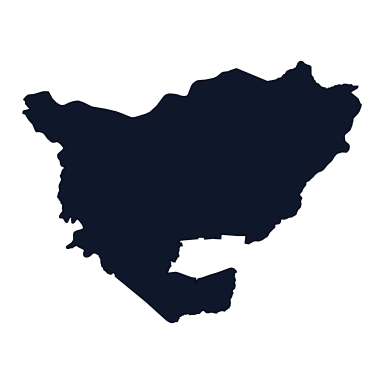 the district of Altos Del Rosario, Bolívar, Colombia
{"feature_id": "7082276B5966279744772", "entity_name": "Altos Del Rosario", "entity_type": "district", "adm_level": 2, "iso_a3": "COL", "parent_name": "Colombia", "parent_adm1": "Bolívar", "projection": "mercator", "projection_center": [-74.186, 8.744], "detail": "fine", "context": "isolated", "style": "filled", "palette": "ink", "viewbox_px": 384, "rotation_deg": 0, "n_neighbors": 0, "source": "geoboundaries", "source_scale": "gbopen_adm2", "svg_char_len": 5871}
<svg xmlns="http://www.w3.org/2000/svg" viewBox="0 0 384 384"><path d="M216.3,313.0L217.5,311.8L220.3,310.7L222.2,310.3L224.5,310.9L225.2,310.3L225.7,309.3L226.2,309.3L227.2,308.8L227.8,307.8L228.9,307.7L228.6,306.6L229.8,306.0L229.7,305.1L230.0,304.7L230.2,302.1L229.8,301.2L230.0,299.1L230.4,298.1L231.2,297.3L232.2,294.0L232.8,293.1L232.2,292.0L232.0,290.9L233.1,288.9L233.7,288.9L234.4,288.2L234.8,286.6L235.0,284.5L234.2,283.5L234.2,283.0L235.2,280.2L234.8,278.4L233.8,276.3L234.4,275.1L234.2,274.1L234.9,272.4L235.4,272.0L236.1,272.1L236.2,271.4L234.1,269.2L233.3,268.8L231.5,268.3L230.0,268.5L217.9,273.0L209.9,275.4L201.5,278.4L199.0,278.7L198.1,279.4L196.1,282.5L195.5,278.4L191.4,277.9L178.6,273.2L176.4,272.6L175.2,272.5L169.6,273.2L167.4,273.3L167.3,272.1L168.3,270.2L168.7,268.4L169.3,267.9L169.9,266.7L170.3,266.5L170.8,265.8L170.3,264.9L170.5,263.2L169.9,261.9L169.8,260.8L171.6,260.4L172.5,261.4L173.2,261.5L173.7,261.3L174.1,261.7L175.0,261.7L175.1,260.9L176.9,258.0L176.9,257.1L177.4,256.4L178.1,256.8L178.5,256.5L178.7,255.7L177.9,253.7L178.1,253.3L177.9,252.7L178.9,250.4L178.6,248.9L179.1,247.8L178.9,247.1L179.7,246.6L180.0,245.7L180.6,245.3L181.2,245.3L181.9,245.8L182.1,245.7L181.7,245.1L181.5,243.4L180.9,243.0L179.6,243.0L179.1,242.7L179.0,241.9L179.3,241.1L180.3,240.0L197.6,238.5L197.6,237.1L203.9,237.0L204.8,238.9L214.2,238.0L214.5,238.3L220.6,238.6L221.0,234.1L221.5,234.1L237.6,235.3L246.2,235.3L245.3,243.0L248.6,243.6L253.1,241.1L254.2,240.7L256.2,240.5L257.9,240.8L260.2,240.3L262.3,239.4L264.5,237.8L266.6,236.6L267.5,235.7L269.3,232.3L274.2,227.5L274.7,226.7L274.4,225.0L275.0,224.1L278.8,223.5L280.0,222.5L280.8,218.8L281.6,218.6L284.1,219.0L287.1,218.0L289.1,216.9L291.1,216.9L294.2,215.3L295.9,214.1L296.4,212.2L297.6,209.7L300.2,207.0L300.8,203.9L300.3,201.3L300.8,199.7L301.6,198.3L300.5,196.4L299.7,196.0L299.0,194.4L301.8,191.0L302.6,188.6L305.5,184.9L305.7,182.6L306.4,181.4L308.7,180.6L310.0,179.1L313.1,176.5L314.6,174.4L318.3,171.6L319.8,171.3L322.1,170.2L323.5,169.1L327.1,164.6L331.5,160.5L334.3,156.0L336.8,153.3L342.0,151.7L346.4,152.0L348.4,149.9L349.0,148.1L349.0,145.7L348.1,144.2L346.2,142.8L344.5,140.9L344.1,136.0L344.6,134.4L349.8,129.9L351.6,125.4L352.8,120.0L352.7,118.8L353.5,117.5L357.0,113.9L358.8,111.5L360.6,106.9L361.0,104.6L359.9,103.7L357.9,98.9L350.7,93.1L350.7,91.7L357.3,87.8L357.7,86.4L355.5,86.3L353.4,86.5L352.6,86.3L351.5,84.9L348.1,85.1L347.2,84.5L345.9,84.6L344.1,84.3L343.4,84.6L342.3,85.6L338.9,85.0L338.0,85.3L337.7,86.1L336.2,85.8L335.1,85.9L333.7,87.2L331.7,87.3L330.4,88.3L328.4,88.4L326.8,89.6L326.4,89.7L325.3,88.1L323.4,87.9L321.2,87.1L319.8,85.9L318.2,84.0L316.1,83.5L314.9,81.2L313.2,79.5L313.1,77.9L311.2,75.5L310.9,74.5L310.7,66.7L309.4,65.9L306.7,65.1L304.5,64.0L303.6,63.2L302.5,61.8L300.4,61.6L299.3,62.1L299.1,63.1L298.4,63.1L298.0,63.4L298.0,64.7L297.1,65.6L296.6,67.6L295.5,68.3L294.8,68.4L293.6,69.4L291.7,69.9L290.0,69.9L288.9,70.8L287.2,71.3L285.8,73.5L285.5,74.5L283.6,75.0L281.8,77.7L280.5,78.2L278.3,78.6L275.8,80.2L270.5,81.2L269.1,81.3L267.8,81.9L236.5,68.9L230.4,70.9L228.5,71.9L223.5,72.5L221.9,73.1L217.5,76.8L213.9,78.6L205.6,80.3L198.0,80.9L196.0,81.7L193.2,83.9L191.7,86.1L188.4,94.8L187.2,96.2L184.6,96.8L182.6,96.6L180.4,96.2L177.8,95.2L175.4,94.7L170.9,94.2L168.9,94.2L166.6,94.9L164.8,96.0L163.3,97.7L157.1,106.1L150.2,112.4L145.7,114.5L134.7,117.8L131.3,118.0L121.6,114.0L116.1,112.0L104.9,109.4L94.2,107.6L94.0,108.2L93.1,107.4L91.7,107.1L82.7,102.7L78.3,101.3L75.4,101.5L72.3,102.2L69.3,103.2L64.4,105.6L61.9,105.8L59.7,105.3L56.0,103.0L52.1,99.1L48.3,92.0L44.0,91.9L42.0,92.3L33.6,94.8L30.3,95.0L28.2,95.3L26.2,96.8L23.9,99.6L25.3,100.6L25.8,101.9L25.7,103.4L25.9,103.9L27.3,105.4L27.6,106.0L29.9,108.3L29.9,108.9L29.4,109.7L27.9,109.9L27.5,110.4L25.6,110.5L24.0,110.9L23.4,111.5L23.0,113.0L23.8,113.6L25.3,113.9L25.9,114.3L26.3,115.5L29.3,120.1L33.0,124.1L35.8,130.9L36.6,131.5L39.7,131.4L43.1,132.5L44.5,133.7L47.7,138.2L51.7,141.7L53.9,142.1L56.7,141.3L58.7,142.0L61.2,144.2L63.9,147.6L63.8,148.6L63.2,149.8L58.6,153.8L58.0,154.5L57.9,155.0L58.0,157.2L59.0,159.0L60.1,160.0L60.8,164.0L61.3,165.3L62.1,166.0L63.9,166.4L64.4,167.3L64.5,168.0L64.1,169.0L62.6,170.4L61.8,173.0L61.8,174.1L61.3,174.3L60.7,175.4L60.6,176.1L61.7,178.8L61.9,179.9L59.5,184.9L59.3,186.9L59.9,190.6L59.3,192.1L58.7,193.0L58.3,195.4L57.9,196.0L57.9,197.3L59.3,198.4L59.5,199.7L61.1,201.1L61.1,202.7L61.6,203.3L62.2,203.3L62.5,204.0L62.5,204.5L63.0,204.4L63.1,204.7L62.6,208.5L63.1,211.0L62.1,212.7L61.4,213.3L59.8,216.0L59.7,217.2L60.3,217.7L62.4,217.7L63.6,218.3L65.7,221.7L66.9,222.3L67.3,222.1L69.5,217.3L70.5,216.9L71.3,217.1L72.0,218.1L71.8,220.2L72.1,221.4L71.9,222.2L72.4,222.9L72.7,223.0L74.0,222.4L76.2,219.3L76.9,218.9L78.0,219.0L79.6,220.5L82.4,224.3L83.7,227.1L83.7,228.1L82.8,229.4L80.1,230.3L77.9,230.8L75.2,231.9L74.1,233.0L73.8,234.5L73.9,239.4L73.3,241.0L71.8,243.1L67.0,246.4L66.6,247.2L67.1,248.2L68.5,248.3L70.6,247.5L72.3,247.6L73.8,246.4L75.3,245.6L76.8,245.2L79.1,246.9L83.1,248.7L84.9,250.3L83.9,252.7L83.9,254.7L84.0,255.5L84.7,256.3L85.6,256.8L87.0,256.8L88.4,256.5L90.0,255.5L92.7,253.2L93.7,252.7L95.2,252.8L98.4,254.4L99.4,255.3L99.4,256.2L100.8,258.5L101.1,260.0L101.2,262.8L101.7,263.9L101.9,265.8L102.3,266.7L103.7,267.3L103.8,269.0L104.2,269.8L106.1,271.1L107.8,273.0L110.2,274.0L111.3,273.9L111.8,273.6L112.5,272.3L113.4,272.3L113.9,272.5L115.4,274.5L115.5,276.3L145.5,300.9L166.6,319.9L169.6,321.8L171.5,322.4L173.3,322.2L175.4,321.4L177.1,321.4L177.7,320.5L177.8,319.4L178.9,318.4L178.6,317.5L178.7,317.0L179.6,316.4L180.5,316.2L182.0,314.8L182.6,315.0L183.1,314.9L184.4,313.6L185.7,314.2L187.4,313.5L188.3,313.4L189.8,314.5L192.0,314.1L194.3,314.3L196.8,313.4L199.5,313.1L200.8,311.5L202.8,310.0L204.3,310.4L205.8,312.0L206.8,312.5L208.7,312.5L211.0,311.9L213.3,312.2L216.3,313.0Z" fill="#0f172a" stroke="#020617" stroke-width="1.5"/></svg>